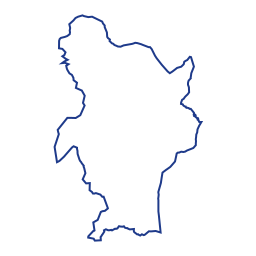 Lere, Kaduna, Nigeria
{"feature_id": "59680162B33448314455063", "entity_name": "Lere", "entity_type": "district", "adm_level": 2, "iso_a3": "NGA", "parent_name": "Nigeria", "parent_adm1": "Kaduna", "projection": "albers", "projection_center": [8.605, 10.36], "detail": "fine", "context": "isolated", "style": "outline", "palette": "blue", "viewbox_px": 256, "rotation_deg": 0, "n_neighbors": 0, "source": "geoboundaries", "source_scale": "gbopen_adm2", "svg_char_len": 4320}
<svg xmlns="http://www.w3.org/2000/svg" viewBox="0 0 256 256"><path d="M201.4,122.0L201.0,122.0L200.6,122.0L200.3,122.1L199.9,122.2L199.5,122.0L199.2,121.9L199.0,121.7L198.9,121.3L198.8,121.0L198.7,120.8L198.7,120.5L198.6,120.2L198.4,120.0L198.2,119.9L197.7,119.8L197.6,119.7L197.8,119.3L198.0,119.3L198.0,119.2L198.2,118.8L198.2,118.7L198.1,118.4L197.9,118.1L197.6,118.1L197.5,118.3L197.3,118.2L197.1,118.2L196.8,117.8L196.6,117.8L196.5,117.6L196.3,117.4L196.1,117.3L196.0,117.2L195.8,117.1L195.7,116.8L195.5,116.7L195.4,116.4L195.2,116.5L194.9,116.4L194.7,116.3L194.8,116.2L195.0,116.0L195.2,115.8L195.4,115.7L195.5,115.6L195.3,115.4L195.1,115.2L194.9,115.3L194.7,115.4L194.4,115.4L194.1,115.4L194.1,115.2L194.3,115.0L194.2,115.0L193.9,114.8L194.0,114.7L194.3,114.4L194.0,114.3L193.9,114.1L193.9,113.8L194.0,113.7L194.0,112.9L190.8,108.9L189.5,108.9L189.1,108.4L188.7,108.1L188.4,108.0L188.2,108.0L187.2,107.7L186.4,107.8L185.7,107.0L185.7,106.6L185.0,106.5L184.7,106.4L183.5,105.6L183.3,105.4L182.8,104.4L182.3,104.2L181.7,104.1L181.4,104.0L181.0,103.9L181.1,102.6L182.1,99.8L183.7,98.8L184.7,97.3L185.4,96.5L186.3,95.6L187.6,94.4L187.9,94.0L189.1,92.3L188.9,87.3L188.4,85.8L188.0,84.8L188.0,83.1L188.2,82.0L188.5,81.0L188.7,80.5L190.7,78.4L190.6,78.2L190.9,76.2L191.3,73.2L192.5,70.2L193.3,68.2L193.9,66.6L191.0,57.1L189.8,56.8L187.3,60.0L185.7,60.8L184.3,61.7L183.7,64.3L181.2,66.7L177.1,67.9L174.8,69.7L172.3,71.6L169.8,73.2L167.6,71.4L161.8,64.8L156.7,58.3L155.0,55.7L153.7,53.1L151.7,49.1L150.0,47.1L148.5,47.1L145.4,45.9L142.0,44.6L141.7,44.4L137.4,43.1L135.2,42.8L133.4,43.5L132.0,43.9L123.6,45.4L120.6,46.7L117.9,46.5L117.4,46.3L116.7,45.9L114.4,45.0L113.3,43.8L111.9,43.3L110.5,41.9L109.6,41.1L109.7,40.2L109.9,39.5L108.0,38.1L107.2,36.9L106.9,32.4L104.7,27.1L104.7,25.5L103.0,23.5L102.2,21.6L92.1,16.7L88.2,17.1L87.9,17.0L84.0,16.1L82.5,15.4L78.1,16.7L75.5,18.0L74.4,19.3L73.5,20.4L72.4,21.4L69.3,24.2L70.1,27.6L70.1,28.5L69.7,30.5L70.0,32.3L69.7,34.2L68.2,35.3L67.3,36.0L64.9,36.9L60.9,37.9L59.7,39.0L59.1,40.8L59.0,48.3L62.4,48.9L65.5,52.3L64.4,55.0L62.4,56.3L65.7,58.8L67.6,59.8L64.3,61.5L62.5,62.8L62.1,63.1L63.1,63.0L64.8,62.8L68.5,64.2L67.9,64.6L66.2,65.8L66.9,68.8L67.6,70.3L69.0,72.6L69.4,73.3L70.3,73.9L71.9,74.9L73.4,77.8L73.6,80.2L77.0,82.7L75.9,87.9L80.8,90.1L81.8,90.5L84.7,95.7L83.0,102.9L84.6,105.5L80.3,115.2L75.7,118.0L72.0,117.9L67.6,117.9L67.3,117.9L57.7,129.9L58.4,132.9L58.7,133.5L58.8,134.2L54.6,146.9L57.0,162.2L58.6,161.4L59.7,160.7L64.4,156.3L64.4,156.2L71.1,148.5L72.2,147.3L73.6,146.3L77.0,147.7L77.0,148.8L77.5,151.0L77.5,152.5L77.6,153.0L77.6,153.9L79.5,159.7L80.3,161.2L80.9,161.8L81.0,161.9L81.8,163.3L83.8,165.8L83.6,166.7L84.2,168.1L85.4,173.2L82.7,179.4L86.1,183.4L89.8,183.1L89.6,190.2L92.0,192.0L92.9,193.5L94.2,193.6L95.9,193.1L100.4,194.6L102.3,196.8L102.9,196.8L103.6,196.7L104.3,198.5L107.9,208.3L107.5,208.8L106.4,209.6L105.0,210.8L103.9,211.0L102.7,211.2L102.4,211.2L100.8,212.0L97.7,219.9L93.3,222.4L94.5,230.5L94.1,230.8L93.4,230.9L88.8,235.8L88.3,236.4L88.2,237.6L92.8,238.5L93.7,238.7L94.2,239.6L94.4,240.0L94.8,240.6L100.8,240.3L100.7,238.1L100.6,237.1L101.3,236.2L102.2,234.7L102.5,234.4L104.3,231.6L104.0,230.3L105.9,229.3L108.0,230.2L108.6,230.3L109.7,230.2L110.6,230.0L111.2,229.9L111.4,230.2L112.0,230.4L114.3,229.1L114.8,229.0L114.9,228.8L115.6,228.7L116.0,228.8L116.9,228.7L117.1,228.4L117.6,228.2L118.3,227.1L119.0,226.2L119.9,226.4L120.1,226.5L122.6,226.7L123.9,226.3L124.8,227.6L126.2,228.1L127.5,228.1L128.0,228.7L129.8,229.4L133.9,229.0L133.8,230.7L133.8,230.9L134.0,231.7L134.2,232.1L137.2,234.4L138.2,234.3L138.6,234.7L139.6,235.3L140.3,235.5L140.9,235.0L141.9,234.3L143.6,235.1L144.2,235.0L144.8,234.7L145.2,234.4L148.9,231.3L151.0,231.4L155.7,231.0L160.6,232.5L160.5,231.4L158.9,215.6L158.4,211.4L158.4,208.0L158.4,203.5L158.4,200.2L158.2,198.5L158.4,197.3L158.7,194.7L158.3,192.1L160.2,185.4L160.9,182.9L161.6,178.1L162.5,172.6L163.4,171.9L166.3,169.7L166.8,169.4L170.3,166.9L173.8,162.9L175.0,161.5L175.4,159.7L176.2,156.0L176.7,153.5L177.9,152.6L179.1,152.6L181.2,151.7L183.4,152.0L185.2,151.6L187.0,150.5L191.1,148.9L193.3,148.0L194.4,146.8L194.7,146.4L194.8,146.3L195.8,145.2L195.8,143.5L196.0,141.2L195.8,139.2L196.1,137.1L196.3,134.5L197.2,132.4L197.5,129.4L199.2,125.7L201.4,122.0Z" fill="none" stroke="#1e3a8a" stroke-width="2"/></svg>